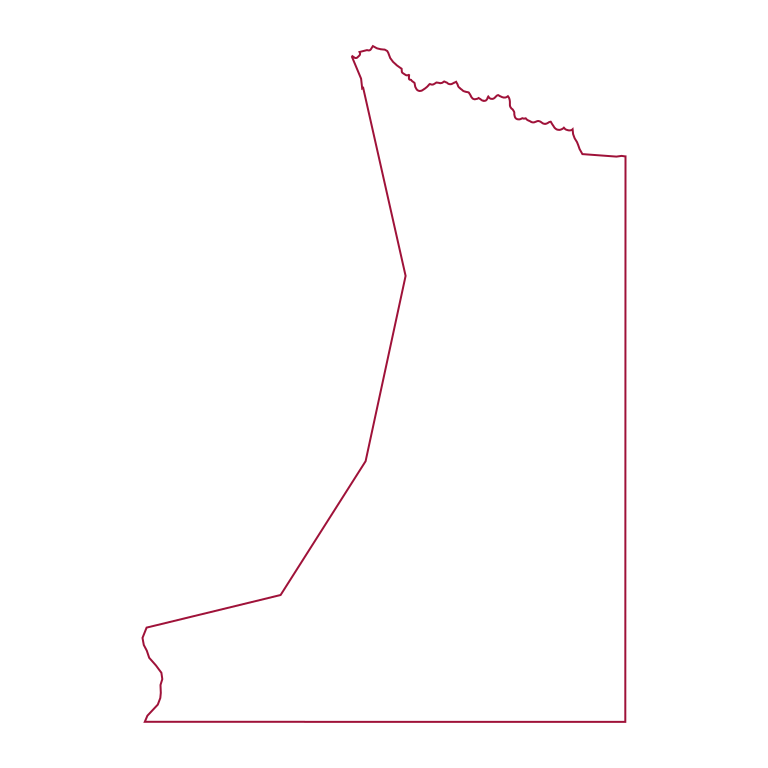 outline of Nsork, Wele-Nzás, Equatorial Guinea
{"feature_id": "11065452B58050641555743", "entity_name": "Nsork", "entity_type": "district", "adm_level": 2, "iso_a3": "GNQ", "parent_name": "Equatorial Guinea", "parent_adm1": "Wele-Nzás", "projection": "albers", "projection_center": [11.202, 1.263], "detail": "fine", "context": "isolated", "style": "outline", "palette": "rose", "viewbox_px": 768, "rotation_deg": 0, "n_neighbors": 0, "source": "geoboundaries", "source_scale": "gbopen_adm2", "svg_char_len": 5358}
<svg xmlns="http://www.w3.org/2000/svg" viewBox="0 0 768 768"><path d="M146.6,627.6L142.5,637.9L143.8,645.0L146.8,650.7L149.2,657.8L156.0,665.5L161.4,672.8L162.3,679.1L160.5,685.0L160.8,692.9L160.3,698.0L157.8,704.6L147.4,715.7L144.8,721.8L625.3,721.9L625.5,156.4L625.2,156.4L621.6,155.9L616.4,156.6L582.4,154.1L579.6,149.1L578.2,145.1L577.0,142.1L574.7,138.4L573.9,136.3L573.1,134.1L572.6,129.3L572.4,129.5L572.0,129.7L571.6,130.0L571.4,130.1L570.6,130.3L570.3,130.3L570.0,130.4L568.9,130.4L568.6,130.3L568.4,130.3L567.5,130.1L567.3,130.0L567.2,130.0L566.0,129.6L565.1,129.0L563.9,127.7L563.3,128.3L562.9,128.5L562.6,128.8L560.8,129.6L560.3,129.7L559.8,129.9L558.2,129.8L557.8,129.7L557.4,129.7L556.5,129.3L556.1,129.0L555.7,128.8L554.9,128.1L554.8,127.9L554.6,127.8L554.0,126.9L553.9,126.8L553.8,126.6L553.4,125.9L552.9,125.3L552.9,125.2L552.5,124.6L551.9,123.7L551.7,123.4L551.1,122.2L550.7,121.7L549.4,122.0L548.7,122.4L548.1,122.8L547.9,122.9L546.8,123.5L546.3,123.6L545.9,123.8L545.3,123.9L545.1,123.8L544.9,123.9L544.2,123.8L543.9,123.7L543.5,123.6L542.9,123.4L542.7,123.2L542.2,122.9L541.7,122.6L541.5,122.4L541.3,122.3L541.2,122.2L540.5,121.7L539.8,121.4L538.8,121.1L538.3,121.0L537.4,121.1L535.6,121.8L535.4,121.9L535.0,122.0L534.6,122.2L534.2,122.3L533.9,122.4L533.1,122.4L532.7,122.3L532.2,122.3L531.3,122.0L531.1,121.8L530.9,121.8L530.2,121.3L529.2,120.8L528.5,120.6L528.4,120.5L527.6,120.1L527.3,119.9L527.0,119.7L526.4,119.1L526.2,118.9L526.0,118.6L525.7,118.3L525.3,118.4L525.1,118.4L524.9,118.5L524.3,118.6L524.2,118.6L523.6,118.6L523.1,118.5L523.0,118.4L522.9,118.4L522.4,118.2L521.7,118.5L521.4,118.6L521.2,118.8L520.5,119.1L520.4,119.1L519.8,119.3L519.4,119.3L519.0,119.4L518.1,119.3L517.8,119.3L517.5,119.2L517.0,119.1L516.0,118.5L515.5,118.0L515.3,117.6L515.0,117.2L514.7,116.2L514.4,114.9L514.4,114.7L514.3,114.4L514.3,113.2L514.3,112.6L514.1,111.8L513.9,111.4L513.4,110.6L512.8,109.6L512.4,109.2L511.4,108.5L511.2,108.1L510.9,107.8L510.4,107.0L510.3,106.7L510.1,106.3L510.0,105.8L510.0,105.5L509.9,105.3L509.9,101.8L509.7,100.1L509.3,98.6L508.8,97.4L508.5,97.1L508.4,96.9L507.9,96.2L506.6,97.1L506.3,97.2L506.0,97.3L505.4,97.5L504.3,97.5L503.9,97.5L503.4,97.5L502.9,97.3L502.4,97.2L501.8,97.0L501.4,96.8L501.2,96.7L500.2,96.2L499.7,96.1L499.4,95.8L499.0,95.6L498.6,95.3L498.2,95.1L497.5,95.3L497.3,95.4L496.9,95.6L496.1,96.3L495.5,97.0L495.4,97.0L494.7,97.8L494.4,98.0L493.7,98.5L492.6,98.9L491.9,98.9L491.4,98.8L490.9,98.8L490.4,98.6L490.1,98.4L489.7,98.2L489.3,97.9L489.0,97.5L488.8,97.2L488.5,96.7L488.3,96.5L487.7,97.5L487.5,98.1L487.4,98.4L487.4,98.6L487.1,99.1L486.9,99.4L486.6,99.8L485.8,100.5L485.7,100.6L485.3,100.7L484.2,100.9L483.6,100.8L483.4,100.7L483.3,100.8L482.8,100.6L482.5,100.5L482.3,100.5L481.8,100.2L481.5,100.0L481.1,99.7L480.9,99.5L480.5,99.2L479.2,98.4L478.6,98.0L478.2,98.3L477.2,98.8L476.1,99.0L475.8,99.1L474.8,99.3L474.2,99.2L473.1,98.8L472.6,98.5L472.4,98.2L472.2,98.0L471.6,97.3L471.1,96.6L471.0,96.2L470.8,96.0L470.8,95.8L470.4,95.2L470.2,94.6L469.6,93.8L469.1,93.1L469.0,92.8L468.7,92.6L468.6,92.4L467.4,92.1L466.7,92.0L465.7,91.8L465.6,91.7L465.4,91.7L464.7,91.5L464.1,91.3L463.7,91.1L463.2,90.9L462.7,90.5L462.6,90.4L462.1,89.9L461.8,89.7L461.7,89.6L461.2,89.2L460.8,89.0L460.6,88.8L460.4,88.6L460.1,88.3L459.8,88.1L459.7,87.9L459.0,87.4L458.5,86.8L458.4,86.6L458.3,86.4L458.1,86.1L458.0,85.8L457.9,85.5L457.7,84.9L457.5,84.2L457.2,83.8L456.5,82.5L456.4,82.3L456.3,82.2L456.1,81.8L455.9,81.9L455.8,82.0L454.9,82.4L454.3,82.7L454.2,82.7L454.1,82.8L453.6,83.0L452.7,83.5L452.4,83.6L452.2,83.8L451.3,84.1L451.1,84.1L450.9,84.2L450.4,84.2L450.2,84.2L449.8,84.2L448.6,83.9L447.9,83.5L447.7,83.3L447.5,83.1L447.1,82.8L446.7,82.5L445.4,82.1L445.1,81.9L444.5,81.5L444.1,81.5L443.9,81.6L443.6,81.8L442.6,82.6L442.3,82.7L442.0,82.9L441.5,83.0L441.2,83.0L440.9,83.1L440.5,83.2L440.1,83.1L439.7,83.1L439.4,83.0L439.1,82.9L436.5,82.5L436.4,82.5L436.2,82.7L436.0,82.8L434.6,83.7L433.9,84.1L433.7,84.2L433.5,84.3L433.0,84.5L432.6,84.5L432.2,84.6L431.9,84.6L431.7,84.5L431.4,84.5L430.9,84.4L430.6,84.3L429.9,84.0L429.6,84.2L429.4,84.3L429.1,84.6L428.8,84.9L428.6,85.2L428.4,85.4L428.4,85.5L428.0,85.8L427.7,86.2L427.5,86.4L427.3,86.6L426.4,87.4L426.3,87.5L426.2,87.6L425.8,87.8L425.3,88.3L424.0,89.2L423.9,89.2L423.8,89.3L422.3,90.3L422.0,90.4L421.8,90.6L421.1,90.8L420.8,90.8L420.5,90.9L419.6,91.0L418.4,90.7L417.7,90.3L416.8,89.6L415.7,87.7L415.5,87.3L415.2,86.7L415.2,86.4L414.9,85.0L414.6,83.2L414.4,82.8L414.0,82.5L412.1,81.1L411.5,80.5L411.1,79.9L410.3,79.7L409.7,79.7L409.2,79.3L409.0,78.8L408.9,78.2L408.9,77.9L409.1,75.1L408.8,74.9L407.5,75.3L407.4,75.3L407.1,75.3L406.5,75.3L406.1,75.2L405.8,75.0L405.7,75.0L402.8,73.1L402.3,72.7L402.2,72.5L401.9,72.0L401.8,71.3L401.6,68.7L400.1,67.7L396.5,65.1L396.4,64.9L393.3,62.1L393.0,61.8L390.4,58.3L390.3,58.2L390.2,58.0L390.1,57.7L389.1,55.1L388.2,52.7L387.2,51.0L384.7,49.6L383.1,49.5L380.4,49.2L380.2,49.1L377.2,48.4L376.8,48.2L376.7,48.2L374.2,46.8L372.9,46.1L372.3,47.0L370.8,49.4L370.3,49.9L369.8,50.2L369.2,50.4L368.6,50.4L368.3,50.4L367.0,50.1L359.5,52.0L359.9,52.9L360.1,53.6L360.0,54.3L359.8,54.9L359.4,55.5L357.4,57.4L357.0,57.7L356.7,57.9L355.9,58.0L355.3,58.0L354.9,57.9L354.5,57.6L352.4,56.2L352.0,56.9L361.1,78.7L362.2,88.5L363.2,87.9L405.6,275.9L365.6,461.2L280.6,595.0L192.3,616.5L146.6,627.6Z" fill="none" stroke="#9f1239" stroke-width="2"/></svg>